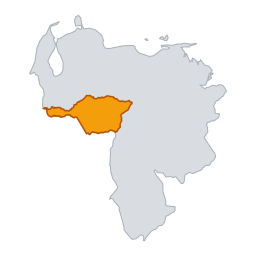 Apure highlighted on a map of Venezuela
{"feature_id": "VEN-25", "entity_name": "Apure", "entity_type": "State", "adm_level": 1, "iso_a3": "VEN", "parent_name": "Venezuela", "parent_adm1": "", "projection": "equal_earth", "projection_center": [-69.326, 7.078], "detail": "fine", "context": "in_parent", "style": "filled", "palette": "amber", "viewbox_px": 256, "rotation_deg": 0, "n_neighbors": 0, "source": "natural_earth", "source_scale": "10m", "svg_char_len": 8549}
<svg xmlns="http://www.w3.org/2000/svg" viewBox="0 0 256 256"><path d="M223.6,86.2L226.4,90.9L226.1,92.1L224.5,93.2L223.5,95.9L221.4,97.1L218.5,100.3L216.5,100.6L213.6,106.0L215.2,110.2L214.9,112.4L215.6,113.5L219.1,113.6L219.4,114.7L219.0,116.5L218.4,117.6L213.7,121.1L211.4,120.7L210.5,121.8L207.5,122.5L206.6,124.6L207.4,127.4L207.8,132.0L204.0,137.4L213.5,151.8L214.5,152.6L215.5,155.9L215.2,157.9L213.6,160.2L211.2,162.0L209.8,164.9L208.3,165.5L205.7,165.3L204.5,166.9L202.8,167.6L201.7,169.8L193.0,173.5L189.2,172.4L184.9,175.1L184.1,181.9L182.8,183.5L181.1,183.4L175.7,176.6L173.0,177.6L171.1,176.6L165.7,176.9L163.2,173.0L157.6,172.7L155.5,170.1L154.5,170.0L154.1,170.9L156.3,175.2L162.8,183.6L162.9,191.1L166.0,201.6L165.4,204.9L167.2,205.9L175.0,206.7L175.0,210.4L174.0,212.1L172.4,212.4L168.4,215.3L166.0,216.2L164.5,222.3L163.1,224.1L161.7,225.5L159.0,225.6L155.4,229.5L154.2,229.4L151.1,231.4L146.3,237.1L144.6,240.6L143.4,240.6L143.9,237.6L143.3,236.0L142.1,235.1L141.0,234.9L139.7,235.7L136.0,238.7L132.5,239.4L130.6,238.0L124.1,230.1L124.0,227.4L122.5,221.1L119.1,209.4L119.2,207.1L114.0,201.2L113.2,199.2L111.1,198.4L109.7,199.2L110.1,197.2L117.1,188.8L117.7,187.0L115.0,181.5L113.5,180.0L112.6,178.1L110.8,171.6L110.4,166.5L109.8,165.5L110.5,153.2L110.2,150.5L110.7,148.4L112.1,147.0L112.9,144.8L113.0,141.9L113.8,139.4L115.3,137.5L115.8,135.7L115.2,132.6L113.9,131.4L109.7,130.5L108.5,131.4L100.8,133.1L96.9,133.1L94.0,132.3L91.8,132.5L89.2,134.2L87.9,133.3L86.8,133.7L76.6,117.5L72.9,117.1L67.8,114.8L63.7,116.7L62.1,116.8L54.9,115.9L50.9,116.7L49.3,115.9L48.1,114.6L46.4,109.3L43.6,108.4L42.5,106.3L42.9,97.6L44.2,95.2L43.8,91.3L43.4,89.5L39.8,84.7L37.9,75.2L35.5,74.7L34.8,72.7L34.1,72.3L32.1,73.6L30.1,74.1L29.6,73.6L34.9,61.9L36.9,48.2L39.6,41.5L43.1,36.1L46.0,34.5L50.2,25.3L59.5,21.5L57.0,24.3L51.5,26.1L50.2,27.2L50.4,30.2L52.0,34.6L54.8,38.0L53.5,38.4L54.1,41.5L55.4,43.6L55.4,45.0L54.4,49.2L50.2,55.7L47.9,61.4L49.6,64.8L49.8,66.5L53.0,70.8L52.7,72.5L54.0,75.9L56.2,76.4L60.5,74.2L62.8,70.6L63.2,63.6L62.8,61.1L60.2,55.0L58.4,52.7L56.9,47.4L56.2,42.6L57.4,41.5L57.3,39.0L60.2,38.3L66.7,34.2L70.7,33.2L75.2,31.0L77.2,28.2L77.9,28.0L80.2,29.6L81.4,29.1L81.8,27.8L81.2,25.2L75.8,26.1L74.4,21.0L75.6,16.9L78.5,15.4L80.6,17.8L82.0,25.1L83.9,28.9L89.7,28.2L95.5,29.9L101.7,35.2L103.6,40.6L102.8,42.0L103.2,44.4L104.1,46.7L105.5,48.2L109.4,48.6L122.2,45.9L132.9,45.5L135.0,46.6L135.2,48.6L138.7,52.8L149.2,56.4L153.2,55.9L162.8,48.9L167.9,49.1L169.4,48.0L167.5,46.9L163.2,46.5L161.9,47.2L161.2,45.4L167.3,44.9L172.8,45.3L177.2,44.0L180.8,44.0L184.3,43.2L191.0,44.2L196.2,43.4L195.6,44.5L191.1,45.4L189.0,47.1L184.5,46.8L181.3,47.4L182.3,47.9L182.3,49.7L183.2,50.0L184.6,52.2L185.0,53.9L183.8,56.7L185.1,56.4L185.9,55.5L185.9,53.6L186.6,53.9L190.0,62.1L191.4,60.1L192.4,61.3L192.3,58.2L193.5,58.3L195.9,60.4L198.5,65.0L198.0,61.5L200.1,61.4L200.6,59.9L204.7,65.0L209.0,66.5L212.2,70.3L211.5,72.2L209.7,73.2L208.9,74.3L207.5,80.4L205.7,85.2L200.3,85.2L204.9,88.9L206.5,87.4L208.8,87.3L212.2,85.3L216.9,86.2L218.9,84.6L221.4,84.9L223.6,86.2ZM167.6,35.7L168.1,38.3L166.7,40.5L164.7,40.6L163.1,39.1L162.3,39.4L159.6,38.7L160.4,37.3L162.4,36.6L163.8,38.2L165.1,38.3L165.3,37.0L167.0,35.0L167.6,35.7ZM211.3,78.4L208.4,80.4L208.3,78.4L210.5,76.0L211.5,77.4L211.3,78.4ZM147.9,40.1L147.1,40.6L145.0,39.5L145.4,38.8L146.6,38.8L147.9,40.1ZM211.9,74.7L210.1,75.3L210.6,73.9L212.4,73.1L213.1,73.4L211.9,74.7Z" fill="#d9dde1" stroke="#a8b0b8" stroke-width="1"/><path d="M44.7,108.9L44.0,108.7L43.6,108.6L44.3,108.1L44.5,107.9L44.7,107.7L45.0,107.7L45.8,107.9L46.1,107.9L46.6,107.7L46.9,107.8L47.1,108.0L47.3,108.4L47.4,108.5L48.0,108.9L48.4,109.2L49.0,109.4L49.5,109.4L49.9,109.2L50.5,108.7L51.0,108.5L51.1,108.4L51.4,107.8L51.7,106.9L51.9,106.7L52.2,106.8L53.0,107.2L53.2,107.3L53.4,107.7L53.5,107.9L54.3,108.1L54.6,108.1L54.8,107.9L54.8,107.7L55.1,107.9L55.3,107.9L55.6,107.7L55.9,107.7L56.2,107.9L56.4,107.9L56.5,107.9L56.8,107.7L57.1,107.5L57.3,107.4L57.9,107.5L59.0,107.5L59.5,107.6L60.0,107.8L60.3,107.6L60.6,107.9L61.0,108.4L61.2,108.6L61.5,108.7L61.8,109.0L62.1,109.0L62.4,108.9L63.1,109.1L63.7,109.4L64.2,109.9L64.7,110.5L65.0,110.4L65.2,110.6L65.5,110.8L65.8,110.9L66.0,110.9L66.7,110.6L66.9,110.4L67.5,110.7L68.1,110.9L68.8,110.9L69.3,110.8L69.7,110.1L69.9,110.0L70.3,110.1L70.5,110.0L70.8,109.8L71.1,109.3L71.2,109.0L71.4,109.1L71.5,109.1L71.7,108.6L71.8,108.2L72.0,108.2L72.3,108.1L72.6,108.1L73.1,107.7L73.5,107.1L73.8,106.4L74.1,105.0L74.3,104.7L75.0,104.5L75.3,104.5L75.5,104.7L75.8,104.7L76.2,104.5L76.6,104.2L76.7,103.8L76.8,103.5L77.0,103.0L77.2,102.6L77.5,102.4L78.3,101.8L78.5,101.7L79.3,101.8L79.4,101.7L79.6,101.5L80.3,100.8L80.5,100.6L80.9,100.7L81.1,100.6L81.6,100.2L82.1,100.1L82.4,100.0L84.7,97.9L86.3,95.8L86.6,95.5L87.0,95.5L87.7,95.7L88.2,95.7L90.0,95.5L90.3,95.6L90.8,96.0L91.1,96.1L91.3,96.7L91.4,96.8L92.0,97.1L92.3,97.3L92.5,97.1L93.1,97.1L93.3,96.9L93.5,97.0L93.7,97.5L93.9,97.9L93.9,98.0L93.9,98.3L94.2,98.3L94.7,98.7L95.6,98.9L97.0,98.6L97.4,98.2L98.1,97.6L98.4,97.5L99.3,97.6L99.6,97.7L100.2,98.1L100.5,98.1L100.9,98.0L101.4,97.3L101.7,97.2L102.0,97.1L102.2,97.3L102.6,97.6L102.9,97.6L103.3,97.5L103.6,97.5L103.9,97.8L104.2,97.6L104.6,97.2L105.1,97.1L105.3,96.9L105.6,96.6L106.0,96.5L106.5,96.1L106.8,96.0L108.3,95.9L108.6,96.0L109.0,96.3L109.3,96.4L109.6,96.3L110.3,96.5L111.7,96.6L112.4,96.8L112.7,97.0L113.0,97.1L113.3,97.0L113.5,97.2L113.9,97.3L114.2,97.7L114.4,98.1L114.2,98.4L114.3,98.6L114.5,98.6L114.8,98.6L115.2,98.8L115.3,98.8L115.8,98.8L116.2,98.7L116.4,98.7L117.2,99.1L117.4,99.3L117.5,99.8L117.7,100.0L118.3,100.3L118.5,100.5L118.9,100.9L119.6,101.1L119.8,101.2L120.1,101.4L120.5,101.4L121.0,101.0L121.3,100.9L121.9,101.5L122.2,101.4L122.6,101.2L122.9,101.1L123.0,101.1L123.1,101.3L124.6,101.6L124.9,101.5L125.0,101.5L125.3,101.8L125.6,101.7L127.1,101.2L127.4,101.2L127.6,101.2L128.4,101.0L128.7,101.0L128.8,101.0L128.8,100.9L128.8,100.6L129.0,100.5L129.5,101.1L129.8,101.3L129.8,101.6L130.1,101.9L130.5,102.2L131.0,102.3L131.4,102.0L131.6,102.1L131.9,102.7L132.0,103.1L132.0,103.4L131.9,103.8L131.7,103.8L131.3,104.0L130.8,104.5L130.5,104.8L130.3,105.2L130.1,105.7L129.9,106.1L129.7,106.7L129.6,106.9L129.2,107.2L129.1,107.4L128.9,108.2L128.1,109.9L127.8,110.2L127.5,110.4L126.9,110.5L126.6,110.6L126.3,111.0L126.2,111.1L125.5,111.3L125.2,111.5L124.4,112.3L123.7,112.6L123.3,113.1L123.2,113.2L122.9,113.4L122.2,113.5L121.1,114.7L120.9,115.3L121.0,116.1L121.2,116.9L121.6,117.8L121.7,118.2L121.6,118.6L121.4,119.0L121.3,119.5L121.5,119.6L121.6,120.0L121.6,120.8L121.5,121.3L121.2,121.7L120.9,122.0L120.7,122.4L120.3,123.6L120.0,125.8L120.0,126.0L120.3,126.6L120.3,126.8L120.2,127.2L120.0,127.5L119.7,127.7L119.1,128.2L119.0,128.3L118.6,128.7L118.5,128.8L118.2,129.0L118.0,129.3L117.9,129.8L117.5,130.8L117.3,131.2L117.0,131.4L116.9,131.4L116.6,131.3L116.4,131.4L116.2,131.4L116.1,131.6L115.9,132.0L115.6,132.3L115.1,132.2L114.7,131.8L114.3,131.3L113.8,130.9L111.6,130.2L110.5,130.1L110.3,130.0L110.2,130.0L109.7,130.5L109.4,130.7L109.2,130.7L109.0,130.8L109.0,131.0L108.9,131.2L108.9,131.4L108.7,131.6L108.0,131.9L107.4,132.0L105.5,131.8L104.9,131.9L103.2,132.7L102.7,132.7L101.7,132.3L101.4,132.3L101.1,132.3L100.0,132.8L99.1,132.8L98.6,133.4L98.4,133.5L98.0,133.4L97.4,133.1L97.1,133.0L96.8,132.9L95.9,132.5L95.6,132.5L94.6,132.5L94.3,132.5L94.0,132.3L93.6,132.2L93.4,132.3L92.8,132.0L92.5,131.9L92.2,131.9L91.9,132.1L91.5,132.6L91.2,132.8L90.3,134.0L89.5,134.6L89.1,134.3L88.5,133.3L88.2,133.1L87.8,133.2L87.1,133.6L86.8,133.8L86.6,133.8L77.1,117.6L76.6,117.1L76.2,116.9L75.7,117.0L75.1,117.2L74.3,117.8L73.8,117.8L72.3,116.8L72.1,116.7L72.0,116.4L71.9,116.4L71.4,116.4L71.1,116.4L70.9,116.2L70.2,115.0L70.1,114.9L69.8,114.9L69.4,115.1L69.2,115.1L68.6,114.9L68.4,114.6L67.8,114.6L66.9,114.9L66.3,114.9L65.8,115.2L65.5,115.2L65.3,115.3L65.3,115.5L65.1,115.8L64.5,116.4L63.8,116.7L63.0,116.8L62.0,116.7L61.8,116.8L61.7,117.0L61.3,117.3L61.1,117.2L60.8,117.0L60.1,117.0L59.9,116.8L59.8,116.6L59.8,116.2L59.7,116.0L58.8,116.2L58.6,116.1L58.1,116.0L57.9,115.9L57.7,116.0L57.3,116.2L57.1,116.3L56.8,116.0L56.5,115.9L56.2,116.0L55.9,116.0L55.9,115.8L55.8,115.7L55.7,115.8L55.4,116.0L55.1,115.8L55.0,115.6L54.9,115.5L54.4,115.5L54.2,115.5L54.2,116.0L53.8,115.9L53.4,115.9L53.1,116.0L52.7,116.0L52.7,116.3L52.3,116.4L51.8,116.8L51.6,116.9L51.1,116.8L49.5,116.3L49.3,116.2L49.0,115.8L48.8,115.6L48.4,115.4L48.2,115.2L47.9,114.8L47.1,112.8L47.0,112.2L46.9,111.6L46.8,111.1L46.9,110.9L47.0,110.1L46.9,109.9L46.4,109.1L45.9,108.9L44.7,108.9Z" fill="#f59e0b" stroke="#b45309" stroke-width="1.5"/></svg>